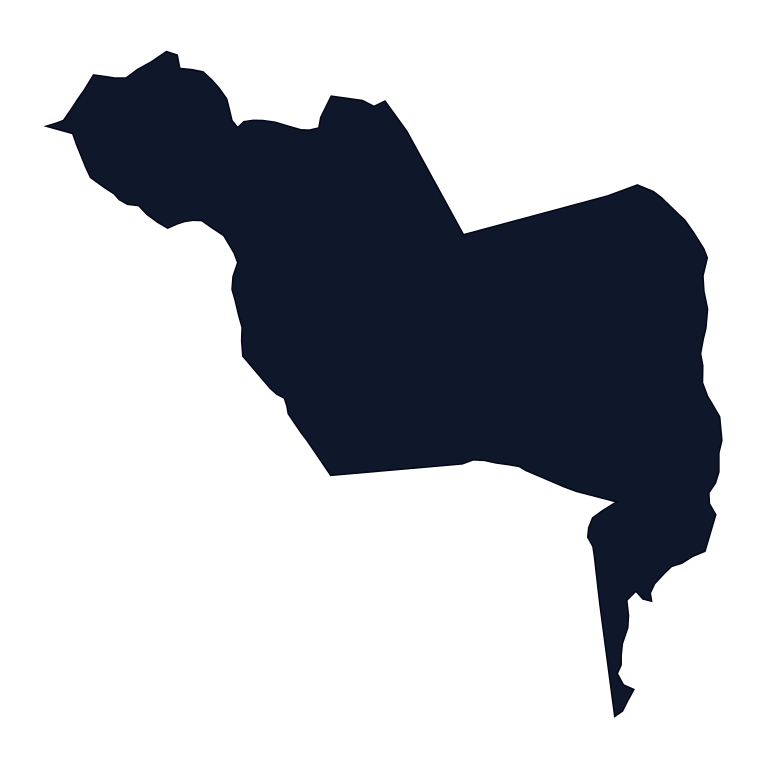 outline of Neópolis, Sergipe, Brazil
{"feature_id": "56859067B29247551559532", "entity_name": "Neópolis", "entity_type": "district", "adm_level": 2, "iso_a3": "BRA", "parent_name": "Brazil", "parent_adm1": "Sergipe", "projection": "albers", "projection_center": [-36.673, -10.373], "detail": "fine", "context": "isolated", "style": "filled", "palette": "ink", "viewbox_px": 768, "rotation_deg": 0, "n_neighbors": 0, "source": "geoboundaries", "source_scale": "gbopen_adm2", "svg_char_len": 1854}
<svg xmlns="http://www.w3.org/2000/svg" viewBox="0 0 768 768"><path d="M331.2,96.1L320.7,117.4L318.8,127.9L309.3,130.1L301.0,129.8L287.1,125.8L275.1,122.2L262.9,120.5L253.3,120.3L243.8,121.7L237.7,127.6L232.0,120.5L229.4,109.5L226.7,98.8L219.1,88.2L212.1,80.2L203.0,71.8L192.0,69.6L179.8,68.4L177.3,55.1L166.4,51.5L151.5,61.7L137.8,69.3L126.0,78.0L114.6,78.0L106.5,76.7L93.5,74.9L84.3,89.9L77.4,99.7L72.5,107.3L63.5,120.4L55.2,123.5L46.1,126.2L72.7,133.6L76.4,144.3L81.3,156.3L85.7,167.2L90.5,177.5L104.3,187.5L114.0,193.8L119.4,199.8L127.4,204.3L138.7,205.7L147.0,214.5L157.8,222.4L167.7,228.2L176.8,224.1L184.7,221.5L192.9,220.3L201.7,220.6L211.2,227.3L223.7,235.6L229.9,245.9L234.2,253.3L237.7,262.6L233.0,276.4L232.0,289.4L235.2,300.6L238.6,315.1L242.1,327.5L241.6,340.7L242.8,356.2L270.3,388.5L276.7,394.2L284.3,398.2L286.8,405.7L288.2,413.7L294.3,422.8L301.2,432.9L306.8,440.2L312.4,448.4L318.5,457.4L330.7,475.4L462.3,463.9L473.2,459.9L484.3,460.4L496.2,463.0L509.2,464.8L519.2,466.5L526.1,470.6L565.2,487.3L576.4,491.4L616.5,501.9L602.9,510.4L592.6,517.8L588.7,527.6L587.7,537.2L592.9,546.5L594.3,555.8L598.2,590.2L599.9,604.8L614.7,716.5L622.5,711.1L627.6,701.0L633.9,689.5L623.4,684.8L617.3,673.6L621.2,664.9L621.2,655.2L622.4,643.7L627.8,627.7L628.5,615.5L626.8,600.3L635.9,591.2L642.9,599.0L651.6,601.2L650.3,593.0L654.7,583.7L664.2,573.5L671.5,566.5L681.9,563.2L692.8,556.3L705.0,551.3L715.8,514.7L709.4,503.7L708.9,492.7L715.5,483.0L718.9,471.9L718.9,452.9L721.9,440.5L719.7,416.8L711.9,403.4L707.7,396.5L702.5,382.7L702.8,365.5L700.6,353.7L703.3,339.0L705.9,328.4L707.6,309.1L703.9,290.9L703.0,275.9L707.3,257.8L703.9,249.0L693.7,232.7L684.8,220.1L677.3,213.1L661.6,197.8L653.5,191.6L637.4,184.9L607.7,195.9L463.5,234.7L407.0,131.5L385.0,101.0L374.0,106.4L362.5,100.5L331.2,96.1Z" fill="#0f172a" stroke="#020617" stroke-width="1.5"/></svg>